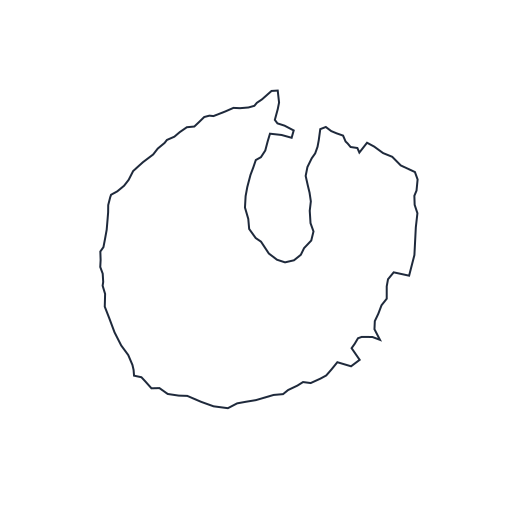 the district of Ureparapara, Torba, Vanuatu, rotated 314°
{"feature_id": "77236927B65524271778963", "entity_name": "Ureparapara", "entity_type": "district", "adm_level": 2, "iso_a3": "VUT", "parent_name": "Vanuatu", "parent_adm1": "Torba", "projection": "orthographic", "projection_center": [167.335, -13.537], "detail": "fine", "context": "isolated", "style": "outline", "palette": "slate", "viewbox_px": 512, "rotation_deg": 314, "n_neighbors": 0, "source": "geoboundaries", "source_scale": "gbopen_adm2", "svg_char_len": 2003}
<svg xmlns="http://www.w3.org/2000/svg" viewBox="0 0 512 512"><g transform="rotate(314 256 256)"><path d="M85.2,251.4L89.2,257.8L88.9,263.5L88.2,272.7L93.9,278.3L95.4,288.3L101.9,297.4L107.6,303.7L113.0,317.9L118.4,329.9L127.0,341.5L136.9,344.8L144.0,349.9L152.2,356.0L168.3,365.2L175.4,371.4L181.9,372.2L191.5,375.8L198.0,377.4L202.6,383.6L212.5,387.5L218.8,389.5L226.9,389.1L236.1,388.3L242.7,401.0L253.3,402.7L256.1,388.8L261.4,388.0L267.7,386.5L271.3,388.3L278.6,396.0L281.8,403.4L285.6,392.1L291.7,386.7L299.4,384.1L307.8,380.5L316.1,379.7L325.0,371.1L331.0,367.1L339.9,366.4L348.2,379.8L366.7,369.3L387.7,351.0L398.9,342.4L403.0,334.6L409.3,328.1L414.6,326.0L423.3,319.1L426.8,312.0L421.7,297.2L422.0,285.1L418.3,275.9L416.8,265.0L414.6,257.2L402.2,258.5L404.1,253.9L400.1,248.3L400.6,243.8L400.6,240.9L403.1,235.0L400.2,228.7L398.1,223.3L397.3,216.6L391.9,214.1L382.9,220.7L377.3,224.4L370.9,227.3L365.0,228.2L355.7,231.2L348.1,236.1L342.9,244.0L338.7,250.6L333.4,257.5L325.9,263.2L317.5,272.4L313.6,280.3L305.5,285.0L295.1,285.1L288.0,287.4L279.3,286.3L271.6,281.3L267.9,273.7L266.7,263.5L269.8,249.6L268.7,243.3L270.7,232.3L277.3,224.7L283.2,214.4L291.9,206.9L299.6,201.8L310.5,195.7L317.9,192.5L324.9,189.2L330.5,190.9L338.3,189.4L346.7,184.7L353.7,181.1L360.8,190.3L365.8,199.5L372.5,195.9L369.6,186.0L366.3,179.3L367.0,175.0L376.8,169.6L382.4,166.0L390.1,156.7L385.5,152.5L372.8,151.5L366.8,150.2L362.9,150.5L357.6,147.4L351.2,141.8L346.9,136.9L338.4,133.4L327.1,128.2L324.6,125.0L320.0,122.2L313.0,122.0L306.3,121.7L300.6,116.8L292.1,115.1L285.1,114.4L277.6,111.3L273.8,111.7L265.0,110.7L257.6,111.5L244.9,109.5L231.8,108.6L222.3,111.5L214.9,112.3L206.1,111.3L199.4,109.2L197.0,110.3L190.0,114.3L184.7,119.3L179.1,123.9L171.1,130.4L163.0,135.8L156.4,140.1L151.1,140.9L145.2,147.0L139.9,151.6L136.8,158.0L131.2,164.1L128.1,166.3L123.9,173.8L114.5,182.4L109.3,193.7L102.8,207.3L98.0,221.2L96.0,232.9L91.8,242.8L89.0,247.1L85.2,251.4Z" fill="none" stroke="#1e293b" stroke-width="2"/></g></svg>